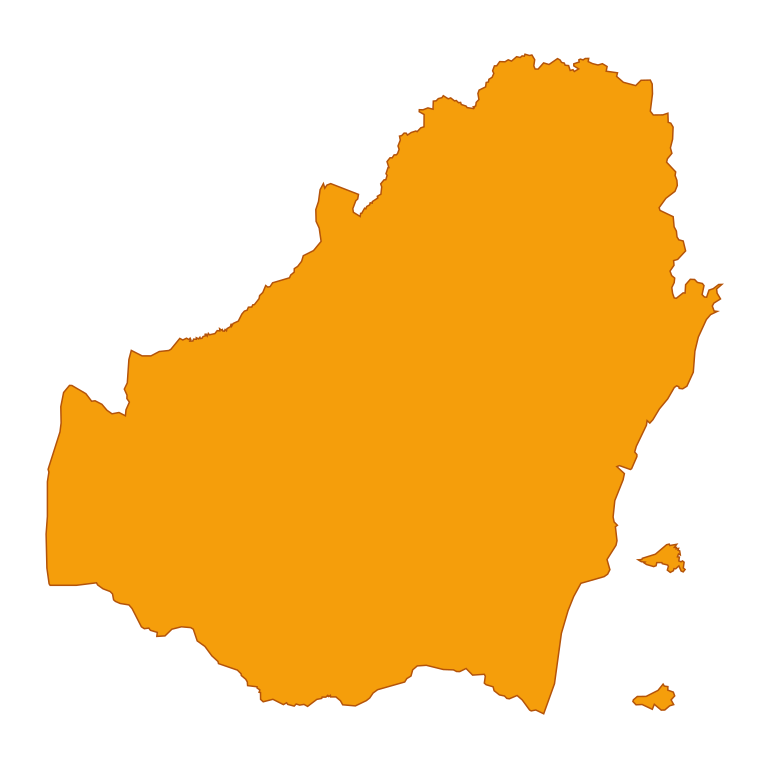 Mkuranga, Pwani, United Republic of Tanzania
{"feature_id": "72390352B89793068246762", "entity_name": "Mkuranga", "entity_type": "district", "adm_level": 2, "iso_a3": "TZA", "parent_name": "United Republic of Tanzania", "parent_adm1": "Pwani", "projection": "mercator", "projection_center": [39.178, -7.246], "detail": "fine", "context": "isolated", "style": "filled", "palette": "amber", "viewbox_px": 768, "rotation_deg": 0, "n_neighbors": 0, "source": "geoboundaries", "source_scale": "gbopen_adm2", "svg_char_len": 6036}
<svg xmlns="http://www.w3.org/2000/svg" viewBox="0 0 768 768"><path d="M323.4,183.6L320.1,189.7L318.5,201.5L315.8,209.6L316.1,221.4L319.2,228.1L321.1,241.4L313.5,250.6L303.3,255.7L301.6,261.3L297.7,266.4L294.3,268.6L294.2,272.1L290.7,275.0L289.5,277.8L272.6,282.8L270.1,286.6L267.7,287.1L265.7,285.5L262.8,292.5L259.6,295.6L259.1,298.6L254.4,304.6L252.7,304.9L251.8,307.0L248.4,307.2L247.1,310.2L244.4,311.1L241.9,314.0L238.3,321.1L233.1,323.5L231.7,326.1L231.2,323.7L230.4,326.7L227.0,328.6L226.5,330.8L225.1,329.5L224.3,331.2L222.8,331.0L222.3,329.5L221.4,330.1L219.6,328.7L219.8,330.9L217.2,330.6L214.9,333.6L209.4,334.8L208.3,333.4L207.2,336.1L206.1,334.1L205.1,334.3L205.4,335.8L203.0,336.6L202.0,338.3L200.3,338.5L199.9,337.3L198.6,338.9L196.3,337.7L196.3,339.3L193.6,339.1L192.9,341.0L189.9,341.2L190.8,339.6L190.1,338.2L189.0,339.6L186.5,338.2L182.8,340.0L179.8,338.4L170.9,349.3L168.8,350.5L159.3,351.5L150.9,355.9L142.1,355.9L131.3,350.4L128.9,359.5L127.3,382.9L124.3,389.1L127.0,395.1L126.9,398.6L129.4,402.1L126.0,409.8L125.4,415.8L119.0,412.5L112.0,413.8L107.0,410.3L101.9,404.3L95.1,400.8L91.6,401.2L85.9,393.7L71.9,385.5L69.5,385.4L63.6,392.5L60.8,406.7L61.1,423.0L60.0,431.9L48.1,469.3L48.9,472.1L47.4,481.7L47.4,516.4L46.1,534.1L46.9,568.0L49.1,583.8L50.1,585.3L76.4,585.3L96.5,582.8L97.6,584.9L103.0,588.8L110.1,591.5L112.5,593.9L113.6,599.8L115.4,601.4L120.2,603.5L128.9,604.9L132.1,608.6L141.4,626.8L144.3,628.7L148.8,628.1L150.4,630.3L157.3,632.4L156.8,636.4L165.0,635.9L171.9,629.2L181.4,626.8L190.7,627.6L193.3,629.2L197.2,640.9L204.9,646.4L211.9,655.9L218.0,661.5L218.5,663.6L237.4,670.1L241.1,673.8L241.3,675.5L245.7,679.2L247.3,681.9L247.6,685.6L257.1,686.8L257.1,688.0L259.8,689.9L259.1,692.3L260.5,692.5L260.6,699.4L263.2,701.8L272.9,699.3L283.4,704.6L286.6,702.8L287.7,704.4L294.2,706.1L296.2,704.0L299.6,705.1L304.0,704.4L307.6,706.4L316.8,699.4L321.7,698.4L322.1,697.1L325.9,697.1L328.2,694.9L327.6,696.2L328.7,696.6L330.4,695.4L330.6,696.9L335.9,696.9L340.4,700.7L342.7,704.8L355.4,705.9L366.4,700.6L369.7,698.0L373.1,693.0L377.6,689.7L404.7,682.0L406.8,678.6L411.0,676.0L412.7,669.8L417.3,665.9L426.3,665.3L443.3,669.5L453.5,669.9L456.6,671.5L459.7,671.6L466.1,668.5L472.6,675.1L484.3,674.3L485.3,676.2L484.3,683.1L486.1,684.7L493.1,686.8L494.1,690.7L499.4,694.9L504.5,696.0L506.8,698.4L509.3,698.8L517.1,695.5L522.2,699.9L529.6,710.0L531.2,710.9L535.8,710.0L543.7,713.8L554.5,683.7L561.4,633.3L568.1,610.5L573.7,596.5L580.9,583.3L604.2,576.6L607.6,574.2L609.9,569.7L607.0,559.5L616.0,545.3L617.0,540.8L615.4,526.7L617.4,525.3L614.1,521.9L613.1,517.0L614.8,500.6L623.1,479.8L624.4,473.6L616.8,466.6L619.4,465.6L630.4,469.5L631.6,468.7L636.9,456.6L636.9,454.6L634.7,452.0L636.3,446.3L646.4,425.3L647.1,420.6L649.8,423.1L652.9,419.7L659.4,408.9L667.7,398.9L674.3,387.5L676.7,385.8L678.8,386.8L679.2,388.4L682.7,388.8L686.9,386.2L693.3,372.2L694.9,351.2L698.3,337.1L706.4,319.5L710.6,314.6L717.3,311.4L714.1,311.0L712.3,306.0L713.9,303.1L720.5,298.9L717.1,293.2L716.6,289.0L721.9,284.4L718.7,284.5L713.2,288.7L709.0,290.1L706.6,297.2L704.4,297.0L702.1,294.6L704.0,285.6L702.4,283.5L697.4,282.4L694.6,279.5L690.3,279.3L685.6,284.7L685.1,293.0L683.1,292.9L676.3,298.3L674.2,297.9L672.6,293.4L671.8,287.6L674.2,282.6L674.7,278.1L671.7,275.6L670.0,271.1L674.0,265.3L673.6,260.6L677.7,259.4L685.6,250.9L683.2,241.0L678.8,239.8L677.0,236.9L676.4,231.1L674.1,226.8L673.2,216.7L660.0,210.4L659.1,207.7L665.9,198.3L675.0,191.3L677.3,185.5L676.9,180.3L675.1,175.5L675.7,171.9L666.6,162.2L667.4,158.8L671.9,153.3L670.4,147.9L672.6,139.2L673.1,127.1L670.8,123.2L668.2,122.3L667.9,113.2L662.8,114.9L653.3,115.0L650.3,111.2L652.5,93.8L652.2,84.0L650.3,80.1L641.0,80.3L635.7,85.6L623.4,82.3L616.6,76.4L617.5,72.8L606.2,71.2L607.1,66.5L602.4,63.7L598.0,65.0L592.5,63.6L588.2,61.6L588.7,58.4L585.2,58.5L583.1,59.9L580.3,59.1L578.8,59.9L579.2,62.0L573.8,63.8L573.8,65.9L578.7,68.9L574.3,71.5L573.0,69.7L570.2,70.5L568.6,65.6L565.1,65.2L564.3,63.1L561.5,62.4L560.1,60.0L557.5,58.6L549.0,64.5L543.6,62.9L538.1,69.1L535.1,69.0L533.8,65.9L534.7,59.7L531.9,55.0L529.4,55.5L525.0,54.2L524.3,56.2L522.1,55.9L520.2,57.5L516.6,56.7L511.5,61.1L508.2,59.8L505.0,61.8L499.7,61.6L496.7,65.8L494.4,65.9L492.6,70.8L493.8,73.4L492.1,77.3L488.9,79.3L488.4,82.0L486.2,82.5L485.6,86.9L479.1,90.1L477.9,93.5L478.9,99.5L476.2,102.4L475.7,106.0L473.3,106.9L474.3,107.7L473.6,108.6L467.1,107.6L466.1,106.1L461.3,104.5L460.6,102.4L458.5,102.7L456.3,100.5L454.5,100.9L450.7,97.9L448.2,98.8L443.3,95.7L441.9,97.7L438.3,98.6L436.2,100.8L433.3,101.1L433.0,109.2L427.9,107.9L423.0,109.8L419.3,109.7L419.2,111.7L424.1,114.5L424.0,126.8L420.8,127.8L417.1,131.7L415.9,131.0L411.2,132.5L407.4,135.1L406.3,133.2L404.1,133.1L401.7,135.6L399.5,136.1L400.3,140.1L398.0,146.0L399.1,149.3L397.7,153.2L396.5,154.8L394.1,154.9L392.2,157.8L390.0,157.8L387.0,161.6L388.9,167.6L388.0,167.6L386.0,173.7L387.1,175.4L385.8,179.7L384.0,179.9L380.7,183.9L381.7,186.9L380.9,194.2L377.3,196.3L377.8,198.0L372.3,201.6L372.2,203.1L370.2,202.8L369.6,204.9L366.7,206.5L365.8,208.8L364.6,208.2L361.7,213.3L360.6,213.4L360.2,216.5L353.4,212.3L352.8,208.7L355.8,200.7L357.7,199.0L358.5,194.4L330.7,183.6L326.9,185.1L324.8,188.2L323.4,183.6ZM676.7,544.3L669.8,545.5L669.2,544.1L666.6,544.7L655.4,554.2L642.3,558.3L641.9,559.5L638.2,559.8L641.3,561.7L645.0,562.1L644.1,562.9L646.5,564.5L653.7,566.6L656.1,565.7L656.8,562.6L661.9,562.6L662.3,563.7L667.6,565.0L668.4,566.3L667.3,570.1L670.3,572.4L673.4,570.7L674.0,568.6L675.7,568.8L678.9,565.9L681.1,571.0L683.2,571.9L685.1,569.5L683.3,568.0L684.1,562.2L682.5,560.9L681.0,561.8L678.8,560.9L679.4,557.1L677.4,556.8L678.5,554.0L680.3,554.9L679.7,550.9L678.0,550.2L678.6,548.4L676.1,548.8L676.4,547.4L674.4,547.4L676.7,544.3ZM664.3,686.1L663.1,684.1L658.0,690.4L646.1,696.4L637.3,696.5L633.4,699.8L632.9,701.5L636.0,704.8L642.1,704.5L652.3,709.3L654.3,704.3L661.2,710.1L664.8,710.0L669.7,705.8L673.7,704.6L671.1,699.9L674.7,695.9L673.3,692.1L667.8,690.1L667.9,686.6L664.3,686.1Z" fill="#f59e0b" stroke="#b45309" stroke-width="1.5"/></svg>